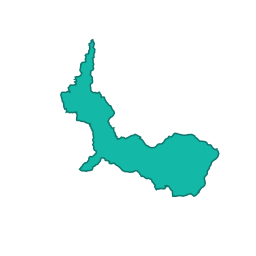 the district of Petrosani, Hunedoara, Romania, rotated 327°
{"feature_id": "2599482B39314069037864", "entity_name": "Petrosani", "entity_type": "district", "adm_level": 2, "iso_a3": "ROU", "parent_name": "Romania", "parent_adm1": "Hunedoara", "projection": "orthographic", "projection_center": [23.402, 45.443], "detail": "fine", "context": "isolated", "style": "filled", "palette": "teal", "viewbox_px": 256, "rotation_deg": 327, "n_neighbors": 0, "source": "geoboundaries", "source_scale": "gbopen_adm2", "svg_char_len": 5813}
<svg xmlns="http://www.w3.org/2000/svg" viewBox="0 0 256 256"><g transform="rotate(327 128 128)"><path d="M186.6,201.2L187.5,201.1L190.2,198.9L190.8,196.4L190.7,194.3L191.0,194.0L189.9,193.7L188.8,192.9L188.5,191.6L188.0,190.4L188.3,188.7L188.2,187.7L188.0,187.2L186.1,185.8L185.8,184.9L186.0,183.3L185.9,182.8L185.2,181.5L183.0,179.5L181.7,178.6L181.1,178.5L180.4,175.9L180.3,174.7L179.4,172.5L179.5,170.7L178.0,168.2L174.6,166.2L172.9,165.7L170.8,164.5L166.6,160.3L166.1,159.4L164.5,158.0L163.1,158.0L161.4,158.8L159.2,159.1L158.8,158.8L158.1,157.5L157.5,157.3L155.9,158.4L155.3,158.1L153.4,157.9L151.9,158.4L149.9,159.6L149.1,159.4L148.3,159.7L147.0,159.4L145.7,158.5L144.8,158.1L143.6,158.1L142.0,158.7L139.8,158.8L137.8,157.9L136.2,156.6L135.5,155.5L135.1,154.4L134.7,154.0L134.5,153.3L133.7,152.2L133.6,150.6L133.5,145.8L133.2,144.9L132.1,143.2L133.3,142.9L133.6,142.6L131.9,139.6L131.7,139.0L130.5,137.2L128.3,137.0L126.7,136.3L120.1,135.7L119.5,134.2L119.1,133.5L118.4,133.2L117.4,132.0L116.5,132.4L114.8,132.4L114.6,131.9L113.2,131.7L113.5,130.1L113.9,129.3L113.1,128.1L113.9,127.5L113.6,127.0L114.3,125.6L114.4,124.4L114.3,123.0L115.6,120.9L115.3,120.2L114.5,120.1L115.5,119.9L114.8,119.6L114.3,118.7L114.4,117.6L114.6,117.3L114.7,116.9L114.3,116.0L114.4,115.5L114.3,115.0L114.5,114.7L114.4,114.0L114.9,113.4L115.0,112.6L114.7,112.2L114.8,111.6L115.1,111.2L115.6,111.1L117.5,110.0L118.4,109.9L119.1,109.5L119.7,109.7L121.6,109.6L123.4,109.0L123.7,108.6L124.5,108.2L124.9,107.8L125.2,106.4L125.3,106.0L124.9,104.7L125.1,102.5L125.5,101.1L125.5,99.8L124.9,99.3L124.5,98.7L124.3,95.6L124.0,94.9L124.1,94.2L124.0,93.6L124.2,92.0L124.2,91.1L124.9,89.5L124.8,89.2L123.7,88.3L122.3,87.7L123.4,85.6L123.1,84.2L123.6,82.6L122.7,82.1L121.2,82.1L120.5,81.4L120.4,80.8L120.1,80.5L118.2,79.6L117.4,77.7L117.2,77.2L117.3,76.5L117.2,76.4L117.3,76.3L119.0,73.2L119.2,72.2L119.9,71.2L120.6,70.8L122.6,70.7L123.2,70.3L124.0,69.1L124.0,68.6L125.6,65.9L125.5,63.9L125.2,63.1L125.4,62.7L126.4,62.2L127.1,60.8L127.7,60.3L128.8,60.0L130.1,60.2L131.5,59.5L131.7,59.0L131.9,58.1L132.4,57.0L133.7,56.2L134.0,55.8L134.3,54.5L134.9,53.4L135.0,53.0L135.5,52.4L136.2,50.5L138.1,50.2L138.3,49.4L139.3,47.8L139.8,47.2L141.4,46.3L142.0,44.9L142.8,44.5L143.0,43.2L142.6,41.5L142.7,41.3L144.5,40.0L145.0,39.5L145.5,39.2L145.5,38.8L145.8,38.5L146.1,35.9L146.5,34.8L145.5,34.6L144.6,34.7L143.9,36.3L141.1,36.3L140.9,36.9L140.5,37.4L140.6,38.1L139.2,40.3L139.2,40.7L138.2,41.6L137.4,41.7L137.2,42.2L136.8,42.5L136.7,43.0L136.1,43.2L136.1,43.5L135.2,44.3L134.7,44.2L133.8,43.6L133.0,43.4L131.6,43.9L131.6,45.5L131.0,46.2L130.1,46.6L129.6,47.2L128.7,49.4L127.6,49.3L125.6,48.2L124.7,48.2L123.2,48.8L122.9,49.1L123.0,49.6L122.6,49.7L120.1,52.6L119.8,52.7L119.2,53.3L118.9,55.7L119.2,56.6L118.3,57.5L117.5,57.8L117.0,58.3L116.2,58.1L115.4,58.3L114.0,57.8L113.1,57.1L111.4,56.6L111.2,58.0L111.0,58.3L110.9,58.6L110.1,58.5L110.8,59.3L110.5,60.4L110.3,60.5L110.1,60.3L108.9,61.0L108.5,60.3L108.4,60.3L108.6,60.9L108.4,61.0L108.4,61.3L108.9,62.1L108.7,62.8L108.2,63.1L107.4,62.9L107.2,63.1L106.7,62.7L105.4,62.3L103.6,60.9L102.8,60.6L102.4,61.0L101.9,61.1L101.1,61.6L99.8,61.7L99.4,63.1L99.3,64.7L98.9,66.2L98.7,66.5L98.4,66.2L98.3,64.9L97.6,64.4L95.4,64.4L92.2,62.2L91.7,62.2L90.6,62.8L89.5,64.0L89.3,64.4L89.3,65.3L88.6,66.8L88.3,68.4L87.6,69.4L87.5,70.3L87.7,71.6L87.5,72.0L85.6,75.6L85.5,77.0L85.2,77.6L86.5,78.1L86.0,79.7L86.1,80.0L84.9,81.1L85.5,81.2L86.7,82.2L87.0,82.9L87.4,83.3L88.0,83.7L89.1,84.0L89.6,84.9L91.6,85.5L92.3,86.6L93.5,86.4L93.6,86.6L93.5,87.0L93.0,87.5L92.7,88.6L91.9,90.2L90.5,91.5L90.0,92.3L89.6,92.6L89.3,93.7L89.7,94.2L91.1,95.0L92.3,96.7L93.1,97.5L94.6,98.5L95.7,100.7L96.9,102.0L97.2,102.7L97.9,103.2L98.0,103.6L98.7,104.2L98.3,104.8L97.5,104.7L97.3,105.6L97.5,106.9L96.8,108.5L97.2,109.6L96.5,110.7L96.6,111.1L96.9,111.2L96.7,112.0L96.4,112.6L95.2,114.1L95.1,115.1L94.6,115.6L94.1,117.2L93.5,117.8L92.3,118.4L91.5,119.8L91.7,120.8L91.3,121.6L89.3,122.8L89.3,124.4L89.0,125.1L87.9,126.9L87.8,128.3L88.6,129.9L88.3,131.1L87.1,132.0L86.3,131.9L84.0,132.6L82.6,132.6L81.6,132.2L80.7,131.3L79.7,131.5L78.8,132.0L77.7,133.6L76.6,133.8L75.5,134.5L73.9,134.4L73.4,133.9L72.8,133.9L71.2,134.0L69.6,134.6L68.9,135.1L66.9,135.5L66.4,135.9L65.0,136.1L65.1,137.0L65.7,138.4L68.5,140.6L69.7,141.7L71.1,141.8L72.2,142.6L74.9,143.6L76.5,142.6L77.3,141.5L79.8,141.8L80.9,141.4L82.8,141.9L83.6,141.5L87.0,140.5L87.9,139.4L89.0,138.7L90.2,138.8L91.8,140.8L91.8,141.6L91.3,142.6L91.9,143.5L92.6,143.6L94.3,146.0L93.1,146.9L93.6,148.1L94.7,149.0L97.1,149.8L97.4,150.4L97.5,151.3L97.8,152.2L99.0,154.7L99.3,155.5L99.9,157.8L100.2,160.6L101.7,162.9L104.0,164.5L105.0,165.7L108.2,167.6L110.8,167.8L112.1,168.6L112.9,171.3L112.9,174.3L112.8,175.7L113.4,176.3L113.8,176.3L114.4,176.7L115.1,178.4L115.3,179.3L115.6,179.6L115.9,180.4L116.3,180.8L117.7,181.1L118.2,182.1L118.8,182.9L119.3,183.3L119.6,183.9L119.0,186.5L119.4,187.7L119.3,188.4L119.3,189.1L119.8,190.4L119.4,191.0L118.6,191.4L118.4,191.8L118.1,195.1L119.2,194.9L119.6,195.4L120.2,195.6L120.5,196.1L121.6,196.0L122.5,196.8L123.3,197.0L124.4,198.3L125.5,198.6L125.9,198.9L127.2,198.2L127.9,198.1L127.4,196.9L127.5,196.7L127.9,196.7L128.3,197.3L129.3,197.5L129.8,198.1L129.6,198.8L130.2,199.1L130.5,199.7L130.3,200.8L130.4,203.6L130.8,204.6L130.8,205.1L128.4,209.6L131.1,211.4L134.6,212.8L137.2,215.2L140.5,216.2L142.8,216.5L144.3,217.2L144.9,217.2L146.1,220.9L146.3,221.1L148.0,221.4L149.7,221.1L150.5,220.6L151.8,220.8L152.6,220.4L152.2,220.1L153.3,219.3L154.2,219.4L155.3,218.7L157.5,218.2L158.5,218.3L160.9,217.9L162.6,216.4L162.9,215.7L163.3,215.2L164.4,211.9L165.6,210.9L166.0,210.6L168.8,210.0L170.0,209.0L170.5,208.1L171.2,207.3L174.1,206.2L174.9,205.1L177.3,204.2L179.2,202.4L180.9,201.9L185.4,201.7L186.6,201.2Z" fill="#14b8a6" stroke="#0f766e" stroke-width="1.5"/></g></svg>